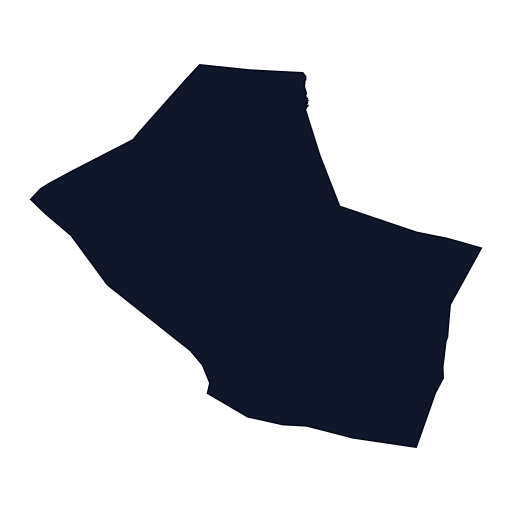 outline of Mandal-Ovoo, Ömnögovi, Mongolia
{"feature_id": "93677404B34607971050655", "entity_name": "Mandal-Ovoo", "entity_type": "district", "adm_level": 2, "iso_a3": "MNG", "parent_name": "Mongolia", "parent_adm1": "Ömnögovi", "projection": "natural_earth1", "projection_center": [104.105, 44.695], "detail": "fine", "context": "isolated", "style": "filled", "palette": "ink", "viewbox_px": 512, "rotation_deg": 0, "n_neighbors": 0, "source": "geoboundaries", "source_scale": "gbopen_adm2", "svg_char_len": 1976}
<svg xmlns="http://www.w3.org/2000/svg" viewBox="0 0 512 512"><path d="M306.5,425.9L352.9,437.9L416.1,447.2L417.5,443.5L435.4,392.8L443.2,378.2L442.8,366.4L443.6,360.4L445.8,341.7L447.5,336.8L448.5,323.8L450.2,304.7L481.3,248.1L446.9,238.4L416.5,232.3L339.6,206.3L319.8,155.5L305.9,111.2L305.5,110.7L305.4,110.2L305.6,109.8L305.7,109.3L305.8,108.8L305.8,108.6L305.8,108.3L306.0,108.1L306.3,108.0L306.5,107.8L306.6,107.6L306.5,107.3L306.5,107.0L306.7,106.7L307.1,106.4L307.5,106.1L307.9,105.7L308.0,105.4L307.8,105.2L307.6,105.2L307.0,105.3L306.6,105.3L306.4,105.1L306.2,104.5L305.9,104.1L305.7,103.7L305.8,103.4L306.1,103.3L306.5,103.3L307.0,103.2L307.4,103.1L307.5,102.9L307.4,102.7L307.3,102.3L307.1,102.0L306.8,101.5L306.6,101.2L306.8,101.0L307.1,101.0L307.5,101.0L307.8,100.9L308.0,100.7L307.8,100.3L307.3,100.0L306.9,99.8L306.7,99.5L306.8,99.3L306.9,99.0L307.1,98.8L307.4,98.5L307.2,98.3L306.9,98.1L306.3,98.1L305.7,98.2L305.4,98.1L305.3,97.9L305.2,97.6L305.3,97.3L305.5,97.0L305.7,96.8L305.9,96.6L305.8,96.4L305.5,96.2L305.2,96.0L305.0,95.8L305.0,95.6L305.2,95.4L305.4,95.4L305.7,95.2L305.9,95.0L306.0,94.7L306.1,94.1L306.2,93.8L306.3,93.6L306.4,93.3L306.4,93.1L306.1,92.8L306.0,92.3L305.9,91.6L305.7,91.0L305.2,89.8L305.0,88.9L304.9,88.3L304.7,87.8L304.5,87.5L304.4,87.1L304.4,86.8L304.4,86.3L304.4,85.9L304.3,85.6L304.1,85.2L304.1,84.7L304.3,84.5L304.4,84.3L304.7,84.1L304.8,83.8L304.8,83.7L304.7,83.5L304.4,83.4L304.2,83.4L304.0,83.2L304.3,82.6L304.6,82.4L304.8,82.1L304.8,81.9L304.7,81.6L304.5,81.2L304.4,80.8L304.4,80.5L304.6,80.2L304.9,80.0L305.2,80.0L305.5,80.0L305.7,79.5L305.7,79.2L305.6,78.7L305.5,78.3L305.7,77.8L305.8,77.4L305.7,77.1L305.6,76.5L302.7,72.7L296.6,72.5L249.0,70.0L199.7,64.8L185.1,80.5L140.6,130.6L140.1,131.1L133.1,139.7L71.9,171.2L49.0,183.6L40.8,188.6L30.7,199.4L45.9,214.1L71.1,235.4L107.5,284.9L190.3,350.5L202.5,365.0L209.9,383.0L207.5,393.3L247.6,416.8L282.7,424.6L306.5,425.9Z" fill="#0f172a" stroke="#020617" stroke-width="1.5"/></svg>